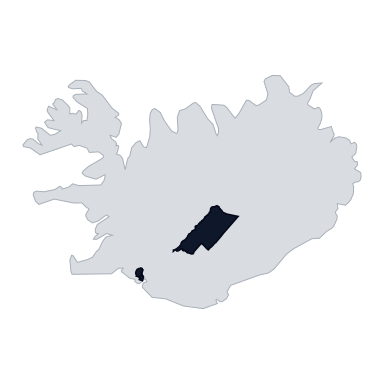 Ásahreppur, Suðurland, Iceland shown in context
{"feature_id": "244011B31453435550318", "entity_name": "Ásahreppur", "entity_type": "district", "adm_level": 2, "iso_a3": "ISL", "parent_name": "Iceland", "parent_adm1": "Suðurland", "projection": "albers", "projection_center": [-19.181, 64.281], "detail": "fine", "context": "in_parent", "style": "filled", "palette": "ink", "viewbox_px": 384, "rotation_deg": 0, "n_neighbors": 0, "source": "geoboundaries", "source_scale": "gbopen_adm2", "svg_char_len": 8507}
<svg xmlns="http://www.w3.org/2000/svg" viewBox="0 0 384 384"><path d="M294.5,96.2L297.9,96.2L303.4,93.4L310.9,85.4L314.2,83.6L321.9,83.0L313.0,90.9L310.0,99.0L307.7,103.0L307.8,104.7L314.8,109.1L317.9,107.3L319.4,107.8L320.8,110.0L322.0,114.4L321.7,119.1L320.1,123.9L317.8,128.0L318.2,129.2L320.4,129.7L331.3,126.5L333.0,132.1L334.1,133.9L334.0,135.9L330.0,142.4L334.9,138.1L339.0,136.7L346.2,138.1L349.3,140.1L351.3,143.8L354.7,142.3L356.5,144.4L356.8,146.8L355.8,153.4L351.8,157.1L354.8,161.6L356.9,161.5L357.4,162.5L357.4,165.3L354.4,168.9L360.1,172.1L360.9,173.4L361.0,177.6L360.2,180.1L358.7,181.6L354.8,182.2L352.6,183.9L353.6,186.4L353.4,193.6L350.8,199.7L348.1,203.0L345.4,205.2L337.3,203.6L338.0,208.6L335.4,211.9L336.1,214.4L337.2,215.7L337.0,219.0L333.8,226.1L331.4,228.5L326.4,231.6L319.4,238.3L311.9,238.7L293.8,248.6L286.7,253.9L274.1,268.9L268.7,272.9L259.2,275.1L230.5,285.4L227.4,291.2L227.2,292.4L228.6,294.6L226.5,298.7L222.1,301.7L220.0,301.6L216.4,299.3L215.9,300.5L217.4,303.5L203.2,308.6L183.4,306.0L165.9,298.9L152.0,297.3L142.5,287.4L142.3,285.8L143.4,282.9L146.9,281.7L145.3,278.7L139.3,283.7L137.4,283.5L134.9,281.4L134.9,279.3L130.0,278.4L121.8,271.9L121.2,270.5L123.3,268.5L122.9,268.1L118.3,268.3L111.5,273.8L72.1,274.3L70.9,271.2L69.9,259.9L71.6,255.3L73.2,255.8L77.4,262.4L88.0,259.4L92.4,257.2L96.6,251.3L98.9,249.4L102.4,241.8L105.8,237.1L112.4,235.2L106.6,233.6L96.6,239.4L93.3,239.2L95.0,236.6L98.4,233.7L96.1,233.4L95.3,231.9L95.4,229.0L97.3,224.5L109.1,216.7L106.4,215.0L98.2,221.0L92.4,222.9L87.8,219.8L85.7,215.8L86.0,214.1L88.9,209.3L88.5,208.3L86.7,207.7L81.9,202.9L73.8,203.0L54.2,199.1L38.9,204.4L35.5,201.2L33.1,194.7L33.9,192.3L36.6,191.1L43.8,191.8L54.7,189.6L59.8,186.3L61.6,187.3L62.4,189.1L69.1,186.8L72.8,183.8L78.6,185.6L100.8,185.0L103.9,180.9L105.2,175.9L104.7,174.8L96.4,179.1L94.6,178.9L85.3,176.0L82.1,173.1L83.3,170.9L88.5,166.4L101.5,158.9L103.3,157.4L103.5,155.5L98.7,151.9L89.3,152.4L87.1,148.2L79.4,145.4L74.1,146.6L71.5,144.0L40.0,154.8L30.5,148.1L23.5,146.6L23.0,144.7L27.6,139.4L30.5,138.6L33.3,139.3L38.4,143.7L42.1,145.2L37.8,139.1L38.0,133.5L36.7,132.0L35.5,128.2L36.2,127.0L41.7,128.3L50.2,135.3L54.7,134.4L60.6,130.7L48.0,127.6L44.5,122.2L47.5,119.8L54.0,120.6L47.3,111.5L47.1,109.9L48.6,106.2L57.4,110.1L53.0,104.7L52.9,103.5L54.4,102.7L55.3,99.6L57.7,98.5L62.2,99.9L68.9,106.3L69.8,108.0L69.8,114.0L72.6,113.3L75.9,114.3L78.9,110.4L80.8,111.4L82.1,115.2L81.5,123.2L83.6,120.5L86.9,120.5L87.8,113.9L87.4,108.5L76.9,101.8L72.9,97.1L73.5,95.6L75.7,94.4L87.0,93.9L82.3,91.0L81.2,88.3L72.7,88.8L68.4,87.5L68.4,86.1L70.3,84.2L75.7,80.3L85.4,80.5L89.3,81.9L96.5,91.3L102.4,95.3L112.1,108.2L118.5,113.1L118.8,114.4L117.7,115.8L115.1,117.3L118.9,119.6L121.2,122.9L121.3,124.3L118.8,134.2L116.2,137.4L110.1,135.2L111.4,138.5L115.7,142.0L116.6,143.9L115.9,145.8L118.0,145.3L118.7,146.4L117.5,152.0L116.3,154.0L120.0,155.3L122.4,158.2L125.2,169.7L127.1,161.0L128.1,157.8L129.6,156.6L131.7,147.7L136.0,142.6L139.8,140.7L143.7,147.0L146.6,147.6L149.8,136.7L150.3,128.7L149.6,119.8L150.2,113.4L152.2,109.7L154.8,108.5L160.2,112.4L164.7,121.3L171.5,130.9L176.3,133.4L177.1,133.1L178.0,130.0L177.3,117.3L179.6,110.6L185.2,109.0L193.7,102.8L195.7,102.6L199.9,106.1L207.6,118.7L213.1,124.6L216.1,133.9L217.4,135.7L218.5,132.7L218.5,128.5L211.7,109.1L211.6,106.5L212.2,104.4L223.9,105.2L226.6,107.3L235.0,118.2L238.9,113.6L246.4,100.2L249.1,100.5L256.0,105.6L258.7,105.1L266.4,100.0L267.9,93.8L264.0,81.5L265.3,78.9L272.4,75.4L280.2,75.7L288.8,86.8L289.5,92.2L294.5,96.2Z" fill="#d9dde1" stroke="#a8b0b8" stroke-width="1"/><path d="M211.7,207.2L211.7,207.3L211.6,207.5L211.4,207.5L211.2,207.6L211.1,207.8L211.2,208.0L210.9,208.1L210.7,208.4L210.6,208.8L210.6,209.0L210.8,209.2L210.8,209.3L210.6,209.4L210.5,209.6L210.6,209.8L210.4,210.1L210.4,210.4L210.3,210.6L210.3,210.8L210.4,211.0L210.2,211.2L210.1,211.4L210.1,211.6L210.0,212.0L209.9,212.2L209.8,212.3L209.7,212.4L209.4,212.4L209.2,212.5L209.3,212.8L209.2,213.1L209.2,213.3L208.9,213.7L208.8,214.0L208.6,214.3L208.1,214.3L208.0,214.6L207.7,214.8L207.6,215.0L206.7,215.4L206.5,215.5L206.4,215.6L206.3,215.8L206.0,216.2L205.9,216.6L205.7,216.8L205.2,216.8L204.8,217.0L204.7,217.2L204.6,217.5L204.5,218.1L204.3,218.3L204.0,218.8L203.7,219.1L203.6,219.3L203.4,219.6L203.3,219.8L203.0,220.0L202.8,220.3L202.4,220.3L202.0,220.6L201.6,220.8L201.5,221.4L201.6,221.6L201.4,221.9L201.2,222.0L200.8,222.0L200.5,222.0L200.2,222.1L199.9,222.5L199.8,222.8L199.7,222.9L199.3,223.2L199.2,223.5L198.8,223.7L198.7,223.8L198.5,224.2L198.4,224.4L198.1,224.8L198.0,225.0L197.9,225.2L197.5,225.4L197.3,225.4L196.9,225.7L196.8,225.8L196.5,225.8L196.0,225.7L195.8,225.9L195.6,226.1L195.3,226.6L195.2,226.9L195.1,227.0L195.4,227.2L195.6,227.2L195.7,227.5L195.8,227.8L195.8,228.0L195.3,228.5L195.2,229.0L195.1,229.4L194.5,229.9L194.1,229.9L194.0,230.0L193.4,230.3L192.9,230.6L192.6,230.7L192.1,230.9L192.0,231.0L191.9,231.3L191.7,231.7L191.5,232.2L191.2,232.5L190.9,232.7L190.4,233.3L190.1,233.6L189.9,233.7L189.5,233.7L189.0,233.9L188.8,234.0L188.4,234.8L188.3,235.1L188.2,235.3L187.8,235.7L187.7,236.0L187.5,236.5L187.4,236.9L187.2,237.3L187.0,237.5L186.6,237.8L186.4,238.1L186.1,238.6L185.4,239.4L185.2,239.5L184.8,239.9L183.8,240.4L183.5,240.7L183.3,240.8L183.0,240.9L182.7,241.1L182.4,241.3L182.3,241.5L182.0,241.7L182.0,241.8L181.9,241.9L181.6,242.3L181.3,242.7L181.2,243.0L181.1,243.4L181.2,243.6L181.0,243.9L180.9,244.1L180.8,244.6L180.6,245.0L180.4,245.2L180.1,245.5L179.8,245.8L179.3,246.5L179.1,246.7L178.0,247.6L176.5,248.8L175.9,249.1L175.4,249.3L175.0,249.6L174.6,249.8L174.3,249.9L173.6,250.0L173.4,250.0L173.3,250.3L173.4,250.9L173.3,251.2L173.3,251.3L173.4,251.2L173.8,251.0L174.0,250.8L174.4,250.2L174.7,250.1L175.5,250.1L176.0,250.2L176.3,250.5L176.5,250.6L176.8,250.8L176.8,251.0L177.7,251.0L178.0,250.9L178.6,250.7L178.8,250.5L179.0,250.4L179.3,250.2L179.7,250.0L179.9,249.8L181.0,249.1L181.7,248.8L182.0,248.6L182.4,248.7L182.6,249.0L182.4,249.2L182.4,249.3L182.6,249.3L182.6,249.6L183.0,249.7L183.0,249.9L183.3,250.2L183.3,250.3L183.2,250.3L182.9,250.5L183.2,250.7L183.4,250.8L183.7,250.7L183.7,250.8L183.8,250.8L183.9,250.7L184.1,250.7L184.3,250.6L184.8,250.8L185.6,251.4L185.8,251.5L186.1,251.6L186.8,251.7L187.0,251.7L187.2,251.9L187.4,252.0L187.5,252.1L187.4,252.2L187.2,252.3L187.0,252.6L187.5,252.9L187.9,252.7L188.1,252.8L188.5,252.9L190.6,253.7L191.2,253.9L191.4,254.0L191.5,253.9L191.6,253.7L191.8,253.7L192.3,253.7L192.5,253.9L192.8,253.9L193.0,253.8L193.3,253.7L194.1,251.6L199.0,246.0L201.5,243.3L204.3,246.0L206.6,248.5L207.7,249.5L208.3,249.9L208.5,249.7L209.2,249.0L209.3,248.7L209.6,248.3L211.2,247.1L213.2,245.1L214.7,243.2L215.1,243.0L215.7,242.8L216.3,241.9L216.7,241.5L217.2,240.9L217.9,240.1L220.4,237.1L221.1,236.3L223.5,233.2L231.8,223.7L238.2,216.4L227.1,214.1L224.2,212.9L223.1,212.3L222.8,212.1L222.2,211.3L221.7,210.3L221.5,210.2L221.1,210.0L220.8,209.6L220.6,209.5L220.4,209.4L220.5,209.2L220.4,209.0L220.2,209.0L219.8,209.0L219.8,208.6L219.7,208.6L219.5,208.3L219.5,208.2L219.4,208.1L219.3,207.8L219.3,207.7L219.2,207.6L219.0,207.4L219.1,207.2L219.1,206.9L218.9,206.7L218.5,206.6L218.2,206.7L217.8,206.3L217.8,206.2L217.5,206.2L217.4,206.1L217.5,206.0L217.4,205.9L217.3,206.0L217.1,205.9L217.0,206.1L216.5,206.1L216.2,205.9L216.1,206.0L215.9,206.2L215.6,206.2L215.4,206.3L215.3,206.6L215.1,206.6L214.6,206.7L214.4,206.7L214.2,206.7L214.1,206.9L213.5,207.1L213.5,206.9L213.5,206.7L213.4,206.7L212.8,206.9L212.6,207.0L212.4,207.0L212.2,206.9L211.8,207.0L211.7,207.2ZM136.3,276.2L136.5,276.2L136.7,276.3L136.8,276.3L137.0,276.0L137.3,275.8L137.8,276.7L138.9,277.2L139.1,277.1L139.3,277.1L139.2,277.2L139.3,277.3L139.3,277.5L139.4,277.9L139.4,278.0L139.5,278.2L139.6,278.3L139.3,279.2L139.4,279.3L139.3,279.6L142.4,280.8L143.6,277.2L143.1,275.9L142.3,275.3L140.5,276.2L140.3,276.2L140.4,275.5L141.6,274.8L141.6,274.7L141.6,274.4L141.8,274.2L141.9,273.9L142.0,273.9L141.9,273.7L142.0,273.4L141.9,273.3L142.0,273.2L142.2,272.8L142.2,272.7L141.8,272.6L141.6,272.4L141.5,271.7L141.5,271.8L141.8,271.7L141.8,271.8L142.4,271.4L142.5,271.4L142.6,271.2L143.0,269.8L142.2,269.5L142.2,268.5L140.8,267.9L140.4,268.2L140.1,268.4L139.7,268.5L138.9,268.4L138.8,268.5L138.6,268.9L138.2,268.9L137.9,269.1L137.4,269.2L137.1,269.3L137.0,269.5L136.7,270.2L136.2,270.9L136.1,271.3L136.0,271.6L135.8,272.0L135.8,272.5L135.7,272.9L135.7,273.4L135.8,273.8L135.9,274.2L136.2,274.8L136.4,275.2L136.4,275.4L136.5,275.7L136.4,275.9L136.3,276.2Z" fill="#0f172a" stroke="#020617" stroke-width="1.5"/></svg>